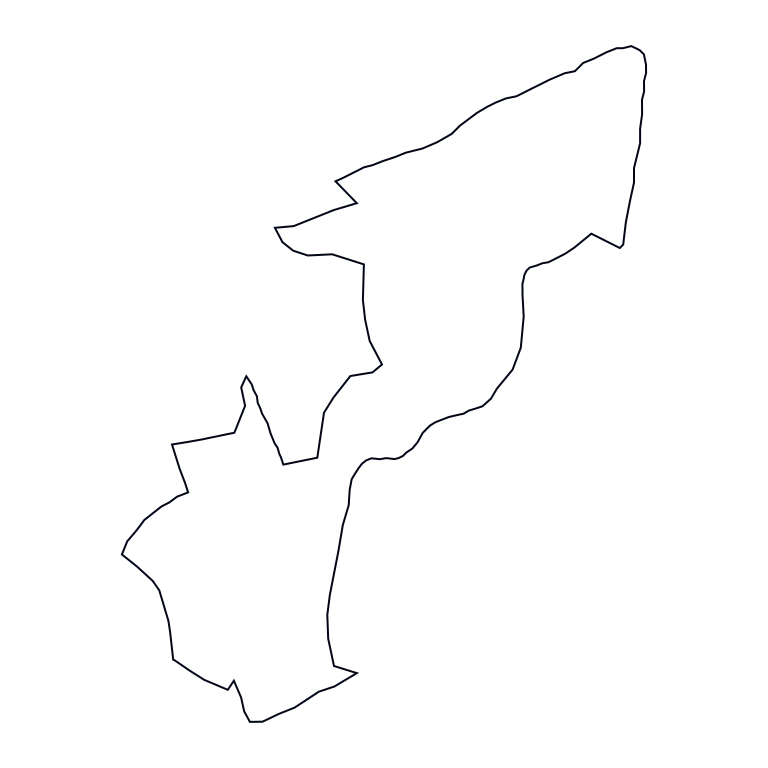 outline of Arochukwu, Abia, Nigeria, rotated 270°
{"feature_id": "59680162B7938799528038", "entity_name": "Arochukwu", "entity_type": "district", "adm_level": 2, "iso_a3": "NGA", "parent_name": "Nigeria", "parent_adm1": "Abia", "projection": "orthographic", "projection_center": [7.82, 5.498], "detail": "fine", "context": "isolated", "style": "outline", "palette": "ink", "viewbox_px": 768, "rotation_deg": 270, "n_neighbors": 0, "source": "geoboundaries", "source_scale": "gbopen_adm2", "svg_char_len": 2349}
<svg xmlns="http://www.w3.org/2000/svg" viewBox="0 0 768 768"><g transform="rotate(270 384 384)"><path d="M527.7,623.7L539.5,625.1L546.0,625.9L564.0,629.4L564.3,629.5L566.7,629.9L567.1,630.0L585.4,634.0L599.9,634.0L624.7,640.1L639.2,640.1L653.7,642.1L668.2,642.0L676.5,644.1L686.8,644.0L695.1,646.1L703.4,646.0L713.7,643.9L717.8,639.7L719.9,635.5L721.9,631.3L721.1,628.1L719.8,622.9L719.8,619.8L719.8,616.7L715.6,606.2L709.3,593.7L705.1,583.2L696.8,574.9L694.7,564.5L688.4,549.8L680.1,533.1L671.7,516.4L669.6,506.0L665.4,495.6L661.2,487.2L655.0,476.8L651.0,471.5L648.7,468.4L642.5,460.1L635.9,453.5L634.2,451.8L625.8,437.2L619.5,422.5L615.3,405.8L611.1,395.4L606.9,382.8L602.8,372.4L600.7,364.0L590.2,343.2L587.7,337.8L586.7,335.5L564.8,356.8L558.0,333.9L541.9,293.7L540.2,274.9L525.8,282.5L517.3,293.2L512.5,307.8L513.7,332.2L503.6,363.9L468.1,362.9L448.4,365.1L427.0,369.7L403.5,382.0L395.6,372.5L392.0,350.4L370.5,333.5L355.3,324.0L310.3,317.3L303.4,283.3L310.6,281.0L313.9,279.4L320.4,277.5L324.5,274.7L334.4,270.6L344.7,267.6L354.3,262.1L359.8,260.2L365.2,257.7L371.8,256.9L377.8,253.6L383.5,251.8L391.7,246.3L385.9,243.6L380.5,241.2L362.2,245.1L335.3,234.4L330.4,210.7L328.6,202.2L326.0,187.5L323.5,172.0L299.3,179.6L285.2,185.0L275.6,188.1L271.3,177.0L265.6,169.4L261.5,161.4L248.0,144.3L242.7,140.4L237.7,136.6L226.6,127.2L213.5,121.9L201.2,137.3L187.0,152.8L177.6,159.3L147.2,168.4L136.1,170.1L108.3,173.2L108.0,174.2L97.3,189.8L88.1,204.3L78.2,227.8L87.3,233.9L70.5,241.1L56.6,244.2L46.1,249.9L46.3,262.5L54.0,278.6L60.4,294.6L76.3,318.8L81.5,334.4L94.9,356.8L102.0,334.0L129.3,328.2L153.2,327.3L172.8,329.8L217.4,338.5L242.9,342.8L262.8,348.7L263.9,348.8L267.9,349.0L278.3,349.7L283.6,350.7L288.8,351.7L294.0,354.8L300.3,358.9L304.4,362.1L307.6,366.2L309.7,371.5L308.8,379.9L309.9,386.2L308.9,394.6L310.0,398.8L312.1,403.0L315.3,406.1L319.5,412.4L325.8,417.6L335.2,422.8L338.3,425.9L342.5,430.1L345.7,435.3L347.8,440.5L351.0,448.9L353.2,458.3L354.3,463.6L357.4,468.8L359.6,476.1L361.7,482.4L369.0,490.6L369.1,490.8L379.5,497.0L398.4,512.6L420.3,520.8L451.5,523.7L473.3,522.5L478.5,522.5L483.7,522.4L487.9,523.4L493.1,524.4L497.3,526.5L500.4,529.6L502.6,537.0L504.7,542.2L505.8,548.5L511.1,559.0L514.3,565.2L519.3,572.7L520.6,574.6L534.3,591.3L520.0,619.8L523.4,623.2L527.7,623.7Z" fill="none" stroke="#020617" stroke-width="2"/></g></svg>